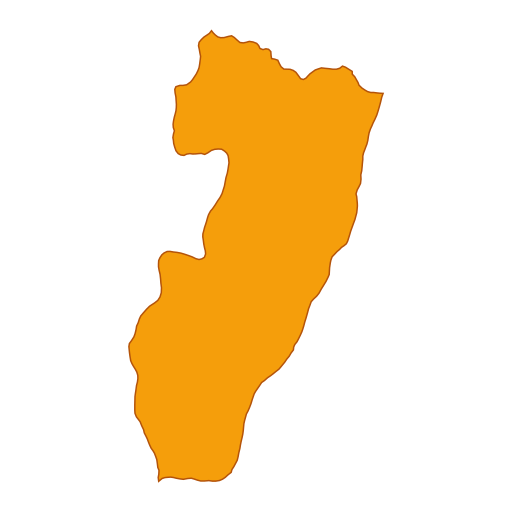 X-2 Torani/Bulletwood, Upper Demerara-Berbice, Guyana
{"feature_id": "73187651B8767068866486", "entity_name": "X-2 Torani/Bulletwood", "entity_type": "district", "adm_level": 2, "iso_a3": "GUY", "parent_name": "Guyana", "parent_adm1": "Upper Demerara-Berbice", "projection": "orthographic", "projection_center": [-58.026, 5.32], "detail": "fine", "context": "isolated", "style": "filled", "palette": "amber", "viewbox_px": 512, "rotation_deg": 0, "n_neighbors": 0, "source": "geoboundaries", "source_scale": "gbopen_adm2", "svg_char_len": 4410}
<svg xmlns="http://www.w3.org/2000/svg" viewBox="0 0 512 512"><path d="M158.7,481.3L162.1,478.5L164.8,477.6L167.7,477.3L170.7,477.1L173.5,477.5L176.2,478.2L180.0,478.9L183.4,479.3L187.7,478.5L191.3,478.2L194.4,479.1L197.3,480.1L200.8,481.0L204.3,481.0L208.9,480.6L212.3,481.1L215.8,481.1L219.5,480.5L222.5,479.2L225.2,477.4L227.8,475.0L231.2,472.3L231.9,469.6L233.8,466.7L235.4,463.7L237.2,460.3L238.1,456.7L238.8,452.8L239.9,448.3L240.4,445.1L241.1,441.6L242.1,437.4L242.8,434.0L243.3,430.3L243.6,426.7L243.9,423.6L244.6,420.5L246.4,414.0L248.1,410.8L249.6,407.3L251.0,403.6L252.3,399.3L254.2,393.8L255.7,391.2L258.1,387.7L259.7,385.4L261.6,382.5L264.5,380.5L267.6,377.7L270.6,375.7L273.7,373.3L275.9,371.5L279.0,369.1L281.5,366.1L284.7,362.2L286.7,359.2L289.2,356.2L291.0,353.1L293.4,349.9L293.7,347.0L294.8,344.5L296.9,341.9L298.4,339.1L300.3,335.2L301.8,331.9L302.8,329.0L303.7,326.1L304.8,321.9L306.0,318.1L307.5,312.8L308.6,308.6L309.7,305.8L311.2,301.7L313.5,299.1L316.6,296.2L319.0,293.2L321.3,289.0L323.6,285.3L326.0,281.4L328.1,277.1L329.2,274.5L329.6,267.6L330.3,262.9L330.9,260.1L332.1,256.8L334.6,254.2L337.1,251.5L339.5,249.5L341.5,247.4L344.0,245.7L346.3,243.8L347.7,241.0L349.3,235.9L350.7,231.1L352.0,227.5L353.4,223.6L354.9,219.6L355.8,216.2L356.7,212.9L357.1,209.3L357.4,206.0L357.3,203.2L357.0,200.0L356.7,196.6L356.0,193.9L357.2,189.9L359.0,186.6L360.5,183.5L361.0,179.2L360.8,174.8L361.7,170.9L362.1,166.9L362.4,163.3L362.8,159.5L362.8,156.0L363.6,152.7L364.7,149.9L365.8,146.9L366.9,144.1L367.8,140.5L368.4,136.4L369.1,132.8L370.5,128.8L371.9,125.8L373.1,122.9L374.9,119.3L376.8,115.0L378.2,110.6L379.3,106.8L380.5,102.4L381.8,97.0L383.1,93.4L379.7,93.2L376.8,92.9L373.7,92.5L370.8,92.5L367.6,91.6L365.0,90.1L362.0,88.1L359.0,85.2L358.0,82.5L356.4,79.7L354.7,76.7L352.3,74.2L352.2,71.4L348.2,68.9L345.5,67.2L342.5,66.1L339.8,68.2L336.5,69.2L332.7,69.2L329.1,68.7L324.9,68.3L321.4,67.9L318.0,69.0L315.2,70.0L312.2,72.2L310.0,73.8L308.0,75.9L305.9,78.2L303.3,79.5L300.6,78.7L298.5,75.8L295.9,72.3L293.2,70.4L290.1,69.3L287.2,69.2L283.9,69.1L281.1,66.8L279.4,63.7L277.8,60.2L274.5,59.1L271.6,58.6L271.1,55.8L270.8,51.6L268.6,49.3L265.9,48.8L263.0,49.6L260.0,48.5L258.6,45.5L256.7,43.4L253.1,42.0L249.3,41.4L246.2,42.3L243.3,42.9L239.9,42.5L236.8,39.8L234.3,37.5L231.6,35.8L228.5,36.4L224.0,37.6L220.6,37.7L217.8,36.9L215.3,35.0L213.2,32.9L211.5,30.7L209.4,33.4L206.9,35.1L203.9,37.1L201.3,39.6L199.1,42.3L198.5,45.8L199.3,49.4L200.0,53.4L200.6,56.3L200.3,59.3L199.7,63.9L199.1,67.5L198.0,70.5L196.3,74.0L194.3,77.0L192.5,79.7L190.6,82.0L186.6,84.8L183.0,85.4L179.9,85.4L175.9,86.7L174.8,89.3L175.1,92.9L175.9,96.9L176.1,100.1L176.4,104.4L176.3,107.7L176.0,110.6L175.2,114.0L174.3,117.2L173.5,121.1L173.1,124.2L173.3,127.5L174.4,130.8L173.5,133.9L172.9,137.6L173.4,140.4L173.7,143.5L174.7,147.1L176.0,150.8L178.2,153.6L180.8,155.0L184.0,155.4L186.7,154.1L189.9,153.6L192.7,154.0L195.5,153.9L198.6,153.6L201.3,153.4L204.7,154.4L207.7,152.9L211.4,150.4L214.7,149.3L218.3,149.0L221.6,149.2L224.6,151.1L226.7,153.1L228.1,155.6L228.6,158.8L229.0,162.8L228.5,165.9L228.0,169.4L227.3,173.2L226.0,177.6L225.1,182.4L224.4,186.2L223.5,189.0L222.1,193.5L220.1,197.4L217.6,201.0L215.2,204.9L212.5,208.8L210.5,211.1L208.6,214.6L207.7,217.2L206.4,221.9L205.5,224.7L204.6,227.3L203.9,230.2L202.9,233.9L202.8,236.8L203.3,240.1L203.8,244.1L204.6,248.1L205.3,250.7L205.6,254.0L204.4,257.3L201.8,258.9L199.0,259.5L195.9,258.7L192.2,256.9L188.7,255.6L184.5,254.2L180.8,253.1L177.0,252.4L173.4,252.0L170.0,251.4L167.1,251.5L164.0,253.0L161.8,254.9L159.9,257.8L158.7,260.5L158.5,263.8L158.5,266.8L159.1,270.2L160.1,274.5L160.6,279.1L160.9,283.2L161.5,287.8L161.3,292.7L160.0,297.0L157.8,300.4L154.5,303.0L152.0,304.6L149.6,306.2L146.6,309.2L143.7,312.5L140.8,315.9L139.4,318.9L138.2,322.7L136.6,326.1L136.1,329.4L135.1,333.6L133.9,336.9L131.4,340.8L129.4,343.5L128.9,346.6L129.2,349.8L129.5,352.7L130.0,356.4L130.7,360.7L132.0,363.7L133.6,366.5L135.3,369.2L136.8,372.0L137.8,375.4L137.9,378.5L137.4,382.1L136.5,385.6L135.9,390.3L135.4,393.5L135.0,396.5L134.9,401.1L134.8,404.9L134.8,410.3L135.0,413.3L136.4,416.8L138.3,419.3L140.1,421.7L141.7,425.7L143.6,429.7L144.3,432.9L145.8,435.8L147.3,438.9L148.4,441.9L149.6,444.9L151.2,448.3L152.9,450.6L154.4,453.1L155.6,456.2L156.8,459.6L157.4,463.9L157.8,467.4L159.0,470.4L158.8,474.3L158.2,477.4L158.7,481.3Z" fill="#f59e0b" stroke="#b45309" stroke-width="1.5"/></svg>